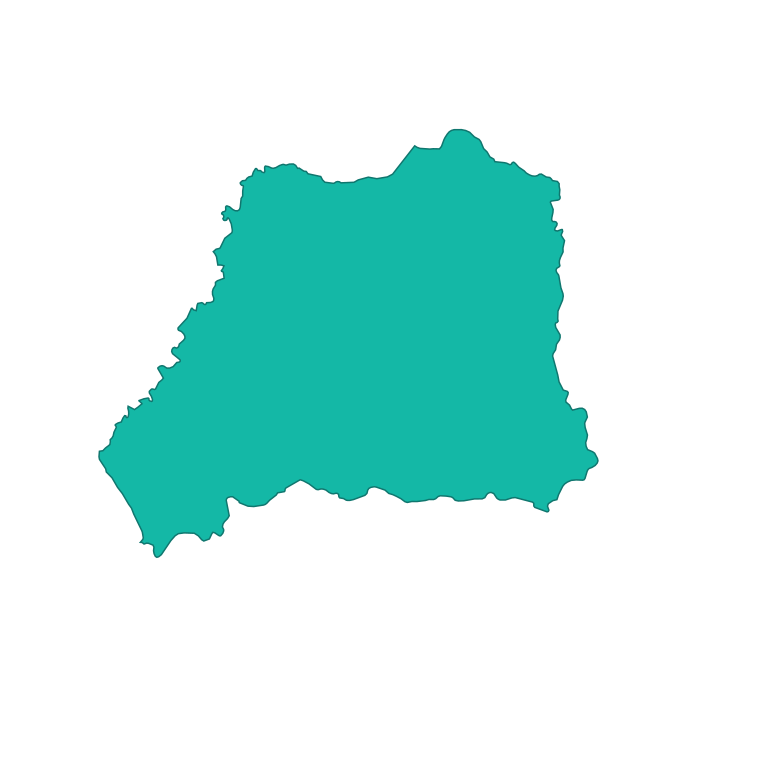 the district of Piraera, Lempira, Honduras, rotated 29°
{"feature_id": "27666195B26013568254344", "entity_name": "Piraera", "entity_type": "district", "adm_level": 2, "iso_a3": "HND", "parent_name": "Honduras", "parent_adm1": "Lempira", "projection": "mercator", "projection_center": [-88.47, 14.049], "detail": "fine", "context": "isolated", "style": "filled", "palette": "teal", "viewbox_px": 768, "rotation_deg": 29, "n_neighbors": 0, "source": "geoboundaries", "source_scale": "gbopen_adm2", "svg_char_len": 6170}
<svg xmlns="http://www.w3.org/2000/svg" viewBox="0 0 768 768"><g transform="rotate(29 384 384)"><path d="M591.3,401.3L590.3,396.1L589.9,386.9L590.4,384.0L591.9,380.9L594.5,377.5L598.6,374.7L604.4,371.8L605.4,370.8L605.6,369.2L604.0,361.9L603.9,359.9L604.4,358.4L606.3,356.2L608.2,352.8L608.8,349.8L608.4,347.5L606.8,345.7L601.8,342.4L599.3,342.1L593.9,342.7L591.0,340.5L588.8,337.5L587.9,333.3L586.7,330.0L581.0,324.5L578.7,321.3L578.3,320.0L577.9,314.3L574.4,310.3L571.9,309.0L569.1,309.1L566.6,310.6L561.6,315.4L560.0,314.9L556.5,312.5L552.0,311.6L550.7,310.0L549.9,303.8L549.2,302.1L547.9,301.6L543.7,302.4L536.1,297.3L531.5,291.8L517.9,277.8L517.2,275.4L517.5,270.9L515.6,265.6L516.1,260.4L515.5,257.9L514.2,255.7L506.8,251.3L504.9,248.9L504.6,247.4L505.6,246.1L505.8,244.6L504.4,242.9L500.8,235.9L499.5,224.2L498.2,220.3L496.7,218.2L492.1,214.1L484.6,204.8L483.6,203.9L480.9,202.7L479.2,201.0L479.0,199.1L480.5,196.3L480.5,195.3L478.7,193.2L477.6,191.0L477.0,187.9L476.6,181.7L474.6,178.3L472.4,171.1L467.1,168.2L466.6,167.0L466.3,164.0L465.1,162.5L464.4,162.8L461.5,166.1L459.7,166.7L458.6,166.5L458.0,164.8L458.2,161.3L457.6,159.7L456.1,158.9L454.7,159.1L452.9,160.1L451.3,159.5L450.2,157.4L448.6,152.1L447.3,149.3L441.4,144.4L441.3,143.7L441.6,142.9L446.9,138.9L447.8,137.7L448.0,136.5L447.4,135.1L445.8,133.7L443.6,128.9L441.2,126.0L440.1,123.9L437.5,122.8L432.7,124.4L430.9,123.5L428.9,123.0L425.6,124.3L419.9,124.1L418.2,125.2L417.2,127.3L415.4,129.0L412.6,130.2L409.8,130.6L406.2,130.5L403.2,129.6L396.6,129.0L392.0,127.4L389.9,127.1L388.9,128.1L388.7,130.3L387.7,131.2L384.3,131.4L381.9,132.1L373.2,135.8L371.0,134.1L366.5,134.0L361.7,131.1L357.0,129.8L351.1,125.1L348.6,124.0L343.3,124.1L336.9,122.3L332.5,122.7L328.4,124.0L322.0,127.6L320.1,129.5L318.8,131.8L318.2,134.7L317.9,138.8L318.0,141.2L319.1,148.3L318.5,151.5L313.0,154.4L310.2,156.3L301.2,160.5L298.1,161.0L295.4,160.8L289.8,196.3L286.6,201.2L278.2,207.9L270.0,210.7L262.5,218.0L260.0,222.1L248.9,228.9L246.9,228.8L245.3,229.4L244.1,230.5L243.1,232.5L242.3,233.1L234.4,236.2L231.3,235.3L228.1,233.2L215.6,237.0L212.9,235.8L210.7,236.7L205.1,236.3L203.9,237.3L200.8,235.6L198.2,235.5L194.8,237.4L192.2,240.1L189.7,240.6L188.7,241.3L186.7,243.6L184.5,247.2L182.6,249.0L181.1,249.6L177.5,249.9L174.6,250.9L174.4,251.5L174.7,252.7L176.8,256.0L176.6,257.3L174.7,257.8L172.6,257.2L170.2,258.4L168.1,257.4L167.2,257.9L167.0,262.0L167.8,266.1L165.3,268.5L164.4,270.6L164.2,273.0L161.6,274.9L160.7,277.5L161.1,278.3L162.0,278.9L163.3,279.2L164.6,278.8L165.3,279.5L166.8,283.6L169.3,288.2L169.1,291.0L172.6,299.2L173.0,301.6L171.9,303.6L169.8,304.6L167.1,304.7L163.0,303.9L160.2,304.4L159.7,305.1L159.7,306.0L161.1,308.3L161.3,309.6L161.0,310.3L159.6,311.6L159.2,313.2L159.6,313.9L161.4,314.0L162.5,314.9L163.0,315.8L162.9,317.5L164.3,318.4L165.5,318.2L166.7,317.2L167.0,316.3L166.5,315.1L166.8,314.5L167.4,314.3L168.8,314.9L172.8,318.0L176.7,322.9L177.5,324.7L177.5,325.7L174.1,333.7L174.7,344.4L174.2,345.3L171.8,347.5L170.5,351.0L172.9,352.0L175.8,353.9L181.0,360.5L183.9,358.9L186.7,358.2L187.1,361.1L186.8,363.8L187.4,364.2L188.6,364.0L189.3,364.2L192.9,369.0L188.2,374.5L187.3,376.8L188.7,379.3L188.5,383.7L189.1,386.2L190.6,388.8L193.6,391.5L194.4,393.2L194.5,394.6L192.9,396.7L189.4,398.9L189.5,400.4L189.0,401.3L188.0,401.5L186.4,401.1L185.2,401.2L182.1,403.8L182.3,405.6L184.2,410.9L181.5,411.5L179.4,410.8L178.9,411.2L179.8,422.0L176.7,434.6L177.1,435.8L178.2,436.6L181.4,436.3L184.8,437.4L186.7,438.8L187.7,440.5L187.5,442.9L185.6,448.3L186.2,450.6L186.0,451.9L185.1,453.2L183.0,453.5L182.0,454.8L181.9,456.7L182.6,458.6L184.4,460.0L193.8,461.7L194.3,462.1L194.7,463.2L194.4,464.0L192.3,465.7L191.2,471.0L188.7,474.1L186.3,475.4L182.7,475.1L181.0,475.6L179.5,476.9L178.4,479.3L178.7,480.1L188.2,485.8L187.7,488.3L186.3,491.8L186.6,499.2L185.9,500.1L184.1,500.5L183.1,501.2L182.3,504.2L183.1,505.6L186.4,507.5L188.9,509.6L189.6,511.2L189.1,512.0L187.2,512.3L186.2,511.9L185.4,510.7L184.5,510.6L181.2,513.3L177.8,517.2L177.8,517.5L181.4,518.3L181.9,518.7L180.0,523.6L178.2,527.3L171.0,527.5L171.7,529.3L173.8,531.6L175.2,533.9L176.1,536.6L175.9,537.6L175.3,538.1L174.6,538.0L173.6,537.0L172.5,537.4L172.2,540.3L172.6,544.6L170.2,547.1L168.7,549.7L169.0,550.5L170.3,551.0L170.9,551.8L171.2,557.1L172.3,560.8L172.2,563.3L171.5,565.4L172.7,567.3L173.6,569.9L171.4,575.1L170.5,578.6L167.7,580.8L170.0,585.8L171.7,587.9L181.7,593.1L183.8,595.6L191.6,597.9L201.1,603.6L208.3,606.7L219.0,613.0L223.3,615.0L228.2,619.1L243.1,629.6L244.5,630.8L248.0,635.2L248.4,636.7L247.7,640.6L249.3,639.9L251.7,640.3L253.6,638.2L255.3,637.5L260.1,636.9L261.9,638.3L263.3,641.6L265.2,643.9L267.6,645.6L269.3,645.7L270.7,644.3L272.0,641.2L273.5,624.3L274.9,618.0L276.7,614.6L281.4,611.1L290.4,606.5L295.3,606.8L300.0,608.6L302.5,608.7L306.4,604.2L306.0,598.5L306.2,596.7L308.1,596.2L312.9,596.6L314.2,596.4L314.8,595.8L315.4,592.8L315.0,590.2L314.3,589.0L312.0,587.4L311.1,584.6L311.2,582.0L312.4,577.5L312.5,574.3L302.3,562.1L302.0,560.6L302.4,559.1L304.3,557.1L306.3,556.0L314.1,556.8L314.8,557.8L315.3,557.9L324.2,556.8L329.5,554.3L337.4,548.2L338.5,546.9L339.3,545.2L340.3,541.1L343.6,533.3L343.7,530.8L349.0,526.5L349.2,525.6L348.5,523.9L348.6,522.5L357.1,508.4L360.3,507.8L366.9,507.7L375.8,509.0L377.6,508.4L379.7,506.4L381.8,505.4L384.5,504.9L388.5,505.5L391.1,505.3L393.0,504.6L395.0,502.8L396.3,502.3L397.8,502.6L399.2,504.5L400.4,505.1L404.2,503.8L407.3,503.9L408.7,503.4L410.5,502.4L413.3,499.9L421.3,490.6L422.1,488.0L421.2,484.6L421.4,482.6L422.7,480.7L425.3,478.6L427.2,477.9L436.3,476.3L441.2,477.4L445.3,476.5L449.4,476.2L454.4,476.1L459.3,476.8L461.8,476.3L465.4,473.2L469.7,470.9L476.7,465.8L479.3,463.2L483.4,461.0L484.8,459.3L485.9,456.1L487.4,454.5L492.7,451.9L497.5,450.1L499.4,450.1L502.6,451.2L505.7,450.3L510.6,447.3L518.9,440.6L525.5,436.9L527.3,434.5L527.4,431.0L527.9,429.3L529.0,427.8L530.3,426.9L533.1,426.6L537.9,429.1L539.8,429.4L541.7,429.2L546.4,426.6L551.1,421.6L553.8,419.7L571.2,415.3L572.8,415.7L574.2,418.1L575.7,418.8L588.6,416.8L589.5,415.8L589.4,414.4L586.4,411.8L585.9,410.4L585.8,408.9L588.2,404.2L591.3,401.3Z" fill="#14b8a6" stroke="#0f766e" stroke-width="1.5"/></g></svg>